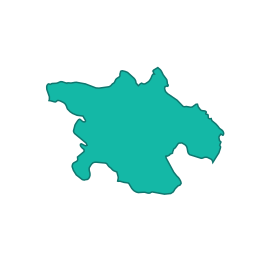 the border of Oberösterreich, rotated 29°
{"feature_id": "AUT-2326", "entity_name": "Oberösterreich", "entity_type": "State", "adm_level": 1, "iso_a3": "AUT", "parent_name": "Austria", "parent_adm1": "", "projection": "natural_earth1", "projection_center": [13.938, 48.12], "detail": "fine", "context": "isolated", "style": "filled", "palette": "teal", "viewbox_px": 256, "rotation_deg": 29, "n_neighbors": 0, "source": "natural_earth", "source_scale": "10m", "svg_char_len": 3890}
<svg xmlns="http://www.w3.org/2000/svg" viewBox="0 0 256 256"><g transform="rotate(29 128 128)"><path d="M194.9,80.4L196.2,79.4L196.4,79.7L197.8,80.9L203.0,81.9L205.6,82.8L208.3,84.0L211.2,84.3L212.6,84.8L213.7,85.6L214.5,86.7L214.7,87.8L214.6,88.2L214.4,88.4L212.5,88.3L212.2,88.3L212.0,88.5L212.0,88.9L212.0,89.8L211.8,90.5L211.8,91.4L212.2,92.4L214.1,94.6L216.1,95.2L216.5,98.6L218.1,99.6L218.5,100.5L219.5,105.7L219.0,114.7L218.9,117.0L217.7,115.7L216.7,115.2L215.8,115.0L211.7,115.2L210.2,115.8L209.0,116.7L207.8,118.2L206.7,119.0L195.0,121.4L193.3,121.0L191.9,119.9L189.7,117.2L188.6,116.1L187.4,115.4L186.0,115.0L182.3,114.9L181.2,115.7L180.7,116.0L180.1,116.4L179.9,116.6L179.7,116.8L179.6,117.0L179.4,117.7L179.0,121.9L178.8,122.8L178.3,123.6L178.2,124.2L178.6,127.2L178.7,127.6L178.9,127.9L179.1,128.2L179.0,128.6L178.6,129.2L177.7,130.1L177.6,130.3L177.5,130.6L177.5,131.1L177.4,131.5L176.2,133.3L175.9,133.6L175.5,133.8L174.9,134.0L174.8,134.5L176.2,136.0L189.5,144.5L193.8,146.3L196.3,147.0L198.1,147.9L199.8,149.0L200.7,149.9L201.3,150.7L201.2,152.6L199.8,154.4L198.7,158.3L198.6,160.7L198.5,162.0L197.1,164.6L191.9,168.2L180.1,172.2L179.2,173.3L178.9,174.0L178.0,174.8L176.6,175.4L174.0,176.0L172.0,177.1L168.3,179.5L166.3,180.0L163.9,180.0L162.2,179.6L160.4,178.9L155.8,176.2L155.1,176.0L153.9,176.3L150.9,177.5L146.9,178.4L145.2,179.4L144.7,179.5L144.3,178.5L144.2,177.7L143.3,175.7L139.6,171.9L135.9,172.3L134.7,172.1L132.6,171.4L130.1,171.0L129.0,170.6L127.0,169.6L126.2,169.5L125.3,169.6L116.6,173.4L115.2,174.3L114.2,175.5L113.7,177.0L113.5,178.3L113.4,180.3L113.4,181.4L113.7,182.4L114.4,183.5L115.3,184.6L116.3,185.6L116.9,186.4L117.7,187.8L118.1,189.5L118.1,190.9L117.8,192.0L117.6,192.5L117.2,192.8L115.2,194.4L114.9,194.8L113.9,195.0L113.1,195.3L105.5,194.1L100.8,191.5L97.9,188.9L97.3,187.5L97.1,185.9L97.6,184.5L98.8,182.7L99.3,181.9L99.5,180.8L99.3,179.9L97.9,177.9L101.0,169.9L100.5,169.0L99.9,168.1L97.9,167.8L96.2,167.2L95.4,166.8L95.0,166.5L94.7,166.1L94.3,165.3L94.5,164.8L95.0,164.4L98.3,164.3L99.6,164.1L100.6,163.0L98.7,161.5L83.9,158.7L82.6,157.9L81.8,157.1L81.5,156.1L80.5,152.3L80.2,151.0L80.2,149.6L80.4,146.7L80.6,145.4L80.9,144.5L81.2,144.0L81.6,143.7L82.2,143.7L84.4,144.2L85.5,144.3L86.7,144.0L87.4,143.3L87.5,142.5L86.8,141.7L86.1,141.3L85.3,140.9L82.8,139.4L77.2,141.6L72.5,142.1L69.4,141.8L66.1,140.8L65.8,140.7L65.4,140.4L63.0,138.3L60.9,137.2L58.9,137.0L55.4,137.2L53.9,137.6L52.9,138.2L52.3,139.8L52.0,140.3L51.0,140.8L47.2,141.7L45.6,142.3L45.4,141.2L44.1,138.8L38.4,133.7L37.7,132.7L36.9,131.4L36.5,130.0L36.7,128.6L37.2,127.9L37.7,127.7L38.3,127.7L38.8,127.6L39.9,126.0L40.3,125.7L43.5,123.7L44.6,122.7L46.1,120.7L46.8,120.0L48.1,119.4L52.6,118.6L52.5,118.4L53.8,117.5L56.4,116.3L59.5,113.8L60.8,113.0L69.3,110.1L80.5,108.5L83.3,107.2L91.3,101.2L92.4,99.6L92.9,97.4L93.0,96.9L93.4,96.3L93.8,95.6L94.0,94.5L93.8,91.6L94.0,90.6L94.4,89.7L95.5,87.7L95.7,86.7L95.5,85.8L94.8,84.8L94.4,82.9L94.2,82.4L94.1,82.0L94.6,81.3L95.3,80.7L98.0,79.9L100.7,79.6L109.2,81.6L110.6,82.2L111.9,83.1L113.2,84.7L116.5,86.0L117.4,83.3L118.1,82.2L118.4,82.2L120.1,82.0L120.7,81.7L121.4,81.2L121.8,80.7L123.2,78.1L123.7,76.8L123.9,75.3L124.0,73.5L123.6,70.2L123.8,68.9L124.9,68.0L123.9,67.6L123.5,67.3L122.6,65.9L122.2,66.0L122.3,65.0L124.8,60.7L128.1,61.4L129.6,62.1L131.1,63.1L132.9,64.4L138.4,66.9L139.1,67.6L140.4,69.3L141.0,70.2L141.4,70.5L141.9,70.7L142.4,71.0L142.6,71.6L142.5,72.3L142.1,72.4L141.7,72.3L141.5,72.5L140.9,73.4L140.5,73.6L140.3,73.9L140.7,75.3L141.0,75.9L142.4,77.3L143.1,77.9L145.9,78.8L157.5,79.9L165.6,82.4L166.3,82.3L167.0,82.1L168.6,80.9L172.9,79.4L174.1,78.3L176.0,74.2L177.2,73.5L179.1,75.4L182.4,76.9L183.3,77.1L184.6,76.8L187.0,75.8L188.2,75.8L188.8,76.2L188.9,76.8L188.9,77.5L189.1,77.9L189.8,78.0L191.0,77.6L191.6,77.7L192.4,78.7L192.9,79.7L193.6,80.4L194.9,80.4Z" fill="#14b8a6" stroke="#0f766e" stroke-width="1.5"/></g></svg>